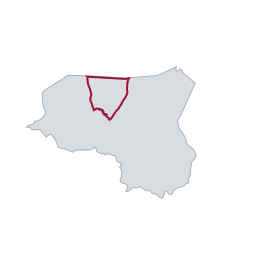 Al-Najaf, An-Najaf, Iraq (highlighted), rotated 143°
{"feature_id": "34846034B29737598200853", "entity_name": "Al-Najaf", "entity_type": "district", "adm_level": 2, "iso_a3": "IRQ", "parent_name": "Iraq", "parent_adm1": "An-Najaf", "projection": "albers", "projection_center": [43.801, 31.101], "detail": "fine", "context": "in_parent", "style": "outline", "palette": "rose", "viewbox_px": 256, "rotation_deg": 143, "n_neighbors": 0, "source": "geoboundaries", "source_scale": "gbopen_adm2", "svg_char_len": 6934}
<svg xmlns="http://www.w3.org/2000/svg" viewBox="0 0 256 256"><g transform="rotate(143 128 128)"><path d="M106.4,52.8L107.9,52.4L110.8,50.1L112.4,48.0L113.0,47.8L114.4,48.5L115.5,48.7L117.9,47.9L119.3,48.3L120.5,48.9L121.2,48.9L124.4,50.3L125.2,50.5L126.9,50.6L129.4,50.7L131.0,49.8L132.2,49.0L133.0,49.0L133.7,49.2L134.4,49.6L134.9,50.2L135.2,51.1L135.1,54.0L135.4,54.8L135.8,55.3L136.4,55.4L137.0,54.8L138.2,53.9L139.7,52.8L140.8,51.9L141.4,51.6L142.4,51.6L143.3,51.8L143.9,52.2L143.9,52.3L144.4,53.7L145.7,58.8L146.5,59.4L147.3,60.0L147.9,60.7L148.1,61.5L148.1,62.7L148.1,64.1L148.5,65.1L149.0,65.9L149.4,66.3L150.1,66.3L150.9,66.5L151.5,67.3L153.3,73.1L153.4,73.9L154.2,74.1L155.4,74.0L156.6,74.5L157.9,75.5L159.2,77.2L160.0,77.5L162.6,77.2L166.2,77.4L167.9,78.3L167.7,78.8L166.5,79.5L164.2,80.3L163.6,81.6L163.2,83.2L163.3,84.1L163.9,85.1L165.5,87.1L165.6,87.8L165.9,88.8L166.3,89.5L166.0,90.8L164.5,91.7L162.6,92.8L158.8,97.3L158.6,98.3L158.6,100.9L158.2,101.7L157.0,101.7L156.1,101.5L156.0,102.5L155.4,103.7L155.1,104.8L156.6,107.3L156.8,108.6L156.6,109.8L155.3,112.0L154.6,113.4L154.8,113.7L155.8,114.3L159.1,118.8L160.2,120.4L161.5,120.0L162.1,120.0L162.5,120.3L162.7,120.8L162.7,121.5L162.4,122.5L164.2,122.9L164.8,124.0L166.9,127.5L166.9,128.6L165.9,130.3L165.9,131.5L166.2,132.5L166.5,132.8L169.5,132.9L170.8,133.3L174.0,135.0L177.6,137.8L180.6,140.0L183.2,141.9L185.9,141.7L186.6,142.0L187.3,142.6L188.1,144.2L189.8,147.8L191.1,149.0L193.3,151.9L195.3,154.6L194.1,158.4L193.1,162.3L193.2,167.3L193.3,170.0L195.9,170.0L198.8,170.0L199.0,173.3L199.1,176.5L199.3,180.2L200.2,180.3L201.5,181.1L202.2,182.2L202.9,182.9L203.8,182.9L204.7,183.5L205.6,184.5L206.0,185.3L205.8,185.9L206.0,186.8L206.6,188.2L207.4,188.8L208.6,189.6L207.1,190.1L205.4,189.8L201.7,188.4L200.6,188.4L199.1,189.0L199.0,189.6L195.2,187.9L193.8,187.6L193.3,187.6L191.2,187.7L188.1,188.1L186.3,188.9L185.1,189.7L184.5,190.5L184.3,190.9L183.4,193.2L182.4,196.2L181.3,198.8L179.1,202.6L177.8,204.3L175.2,207.5L172.2,208.2L165.3,207.8L157.6,207.2L150.0,206.6L144.4,206.1L143.9,206.0L138.3,201.5L133.9,197.9L128.4,193.5L122.8,188.9L117.2,184.3L113.1,180.9L108.2,176.5L103.7,172.6L100.2,169.4L95.7,166.6L92.2,164.4L87.1,161.2L83.0,158.6L79.5,156.4L74.2,153.0L72.4,152.1L66.8,150.8L61.5,149.7L56.1,148.5L52.4,147.8L54.9,145.6L54.3,143.4L52.5,143.8L50.9,144.2L50.0,140.9L51.3,140.6L50.3,136.3L49.3,131.9L48.4,127.7L47.4,123.3L52.1,120.8L55.6,118.9L60.5,116.2L65.2,113.6L69.7,111.1L74.6,108.4L79.0,105.9L82.9,104.9L83.8,104.1L85.7,100.6L87.3,97.6L87.4,96.9L87.5,92.6L87.8,87.6L88.4,84.9L89.3,82.6L90.2,80.8L90.3,79.2L90.2,77.6L89.5,75.1L88.7,72.4L88.8,69.9L89.0,68.6L89.6,66.5L90.5,64.9L91.5,64.0L95.2,63.1L97.4,62.5L100.3,59.8L102.1,58.2L104.5,55.6L106.3,53.7L106.4,53.0L106.4,52.8Z" fill="#d9dde1" stroke="#a8b0b8" stroke-width="1"/><path d="M139.5,159.5L139.0,159.2L138.6,158.8L138.0,158.2L137.7,158.0L137.6,157.8L137.4,157.5L137.5,157.4L137.8,157.2L138.0,156.9L138.3,156.8L138.5,156.7L138.5,156.1L138.2,155.8L138.1,155.7L137.9,155.3L138.1,155.2L138.4,155.1L138.8,155.0L138.7,154.7L138.8,154.4L138.7,154.2L138.9,154.0L138.9,153.6L138.9,153.2L138.9,152.9L138.7,152.8L138.5,152.6L138.3,152.5L138.1,152.6L138.1,152.8L137.9,152.8L137.6,152.8L137.5,152.7L137.4,152.5L137.6,152.6L137.9,152.6L138.0,152.4L138.0,152.0L138.1,151.9L138.3,151.9L138.3,151.3L138.3,150.9L138.1,150.5L137.9,150.0L137.8,149.7L137.7,149.4L137.9,149.2L137.7,148.8L137.7,148.7L137.6,148.4L137.6,148.1L137.5,147.9L137.6,147.6L137.6,147.4L137.5,147.2L137.4,147.1L137.4,146.9L137.4,146.7L137.5,146.7L137.8,146.6L138.0,146.5L138.0,146.4L138.1,146.2L137.9,146.0L137.9,145.8L137.8,145.6L137.7,145.4L137.5,145.1L137.4,144.9L137.4,145.0L137.2,145.3L137.1,145.6L137.0,145.8L136.9,145.8L136.8,145.7L136.7,145.6L136.3,145.6L136.0,145.7L135.9,145.7L135.2,145.9L134.2,146.2L133.8,146.3L133.7,146.4L133.1,146.6L132.4,146.8L132.2,146.9L131.9,147.0L131.5,147.2L131.1,147.3L130.6,147.5L129.8,147.8L129.1,148.0L128.5,148.2L128.0,148.4L127.3,148.7L127.1,148.7L126.9,148.8L126.6,148.8L126.2,148.8L125.7,148.9L125.4,148.9L125.0,149.0L124.7,149.0L124.4,149.1L124.1,149.2L123.6,149.4L123.0,149.6L122.7,149.7L122.3,149.8L121.9,150.0L121.3,150.2L120.8,150.4L120.2,150.6L119.9,150.8L119.5,150.9L119.2,151.1L118.7,151.2L118.5,151.3L118.3,151.3L118.1,151.5L117.7,151.6L117.3,151.9L116.9,152.1L116.5,152.4L116.2,152.6L115.8,152.7L115.5,152.9L115.2,153.0L114.7,153.1L114.3,153.2L113.8,153.3L113.4,153.4L113.1,153.5L112.7,153.6L112.0,153.9L111.6,154.1L111.2,154.3L110.8,154.5L110.5,154.7L110.0,154.9L109.8,155.0L109.4,155.2L108.9,155.5L108.2,155.9L107.7,156.3L107.4,156.5L107.2,156.6L107.0,156.8L106.9,157.0L106.7,157.2L106.5,157.5L106.3,157.9L106.1,158.4L105.9,158.8L105.6,159.3L105.5,159.5L105.2,159.9L105.0,160.2L104.9,160.3L104.7,160.6L104.4,160.8L104.2,161.1L103.8,161.5L103.6,161.8L103.3,162.2L102.9,162.6L102.3,163.3L101.9,163.7L101.2,164.4L101.1,164.7L100.7,164.9L100.4,165.2L99.8,165.7L99.3,166.0L99.0,166.2L98.2,166.7L97.7,166.9L97.3,167.1L97.6,167.3L98.4,167.7L99.9,168.4L100.4,168.7L100.6,168.8L101.0,169.2L101.9,169.9L102.5,170.5L103.4,171.2L104.8,172.4L105.7,173.1L106.6,173.9L107.2,174.4L108.8,175.8L109.8,176.6L111.0,177.7L113.0,179.3L113.6,179.8L114.8,180.8L116.0,181.8L116.4,182.2L117.2,182.8L117.8,183.4L118.5,184.0L119.1,184.5L120.0,185.3L120.7,185.9L121.0,186.1L121.5,186.5L122.0,187.0L122.5,187.5L123.2,188.0L123.7,188.4L124.1,188.8L124.6,189.2L125.3,189.8L125.6,190.1L125.8,190.3L126.0,190.5L126.3,190.7L126.4,190.8L126.5,190.9L126.7,191.0L126.9,191.2L127.1,191.4L127.3,191.5L127.5,191.7L127.7,191.8L127.8,191.9L127.9,192.0L128.1,192.1L128.3,192.3L128.4,192.5L128.5,192.6L128.7,192.8L128.9,192.9L129.1,193.0L129.3,193.1L129.5,193.3L129.7,193.5L129.7,193.4L129.9,193.2L130.0,193.0L130.1,192.8L130.2,192.7L130.3,192.4L130.6,192.1L130.7,191.8L130.9,191.5L131.2,191.1L131.3,190.9L131.5,190.7L131.6,190.4L131.7,190.2L131.8,189.9L132.0,189.6L132.2,189.3L132.2,189.2L132.3,189.1L132.5,188.9L132.7,188.6L132.9,188.3L133.0,188.0L133.2,187.7L133.3,187.5L133.4,187.3L133.4,187.2L133.5,187.1L133.6,186.8L133.7,186.6L133.7,186.4L133.8,186.0L134.0,185.4L134.1,185.0L134.1,184.7L134.3,184.3L134.4,184.0L134.6,183.4L134.7,182.8L134.9,182.3L135.1,181.7L135.4,180.9L136.0,179.3L136.2,178.6L136.3,178.4L136.4,178.1L136.7,177.7L136.8,177.5L137.0,177.1L137.2,176.8L137.2,176.7L137.3,176.6L137.5,176.5L137.7,176.3L137.9,176.1L138.1,175.9L138.3,175.7L138.5,175.5L138.7,175.4L138.9,175.3L139.1,175.2L139.3,175.2L139.5,175.1L139.9,174.8L140.0,174.8L140.0,174.7L140.1,174.3L140.2,174.2L140.5,173.7L140.8,173.3L141.1,173.2L141.4,172.9L141.4,172.5L141.8,171.9L141.9,171.3L141.9,170.7L142.3,169.5L142.5,168.9L142.8,168.2L143.0,167.4L143.2,166.6L143.4,166.2L143.8,164.9L144.2,163.6L144.4,163.1L144.5,162.8L144.2,162.8L143.7,162.7L143.1,162.6L142.2,162.5L141.3,162.3L141.0,162.2L140.9,162.0L140.7,161.8L140.4,161.4L139.4,160.4L138.9,159.9L139.2,159.7L139.5,159.5L139.5,159.5Z" fill="none" stroke="#9f1239" stroke-width="2"/></g></svg>